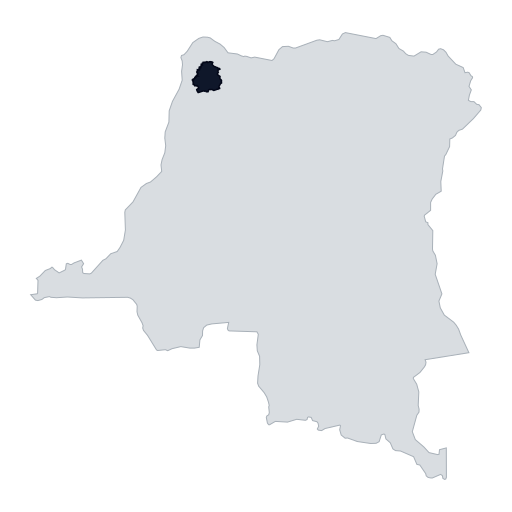 Gemena, Équateur, Democratic Republic of the Congo (highlighted)
{"feature_id": "63176286B43464771754704", "entity_name": "Gemena", "entity_type": "district", "adm_level": 2, "iso_a3": "COD", "parent_name": "Democratic Republic of the Congo", "parent_adm1": "Équateur", "projection": "mercator", "projection_center": [19.592, 3.435], "detail": "fine", "context": "in_parent", "style": "filled", "palette": "ink", "viewbox_px": 512, "rotation_deg": 0, "n_neighbors": 0, "source": "geoboundaries", "source_scale": "gbopen_adm2", "svg_char_len": 7777}
<svg xmlns="http://www.w3.org/2000/svg" viewBox="0 0 512 512"><path d="M468.9,352.7L425.1,359.7L426.0,362.2L425.6,364.8L424.4,366.9L420.0,372.4L413.4,377.4L413.3,378.6L416.7,384.2L418.8,391.9L418.2,405.5L419.1,409.2L419.0,412.1L416.8,415.3L412.3,431.7L415.3,439.6L424.0,447.1L429.0,452.6L437.6,454.6L439.0,454.3L439.5,449.7L446.3,447.9L446.4,477.3L445.8,479.0L444.6,479.4L442.9,478.4L442.4,475.6L440.6,474.4L432.3,478.0L430.2,477.9L427.9,477.3L426.2,475.8L425.7,473.6L419.8,465.0L416.9,464.4L413.6,456.7L400.5,451.0L395.5,450.6L392.9,448.9L390.3,442.8L385.9,438.9L384.9,434.6L384.0,434.0L381.3,434.9L379.1,441.7L376.1,443.3L370.7,443.5L357.2,441.5L347.6,438.0L345.1,438.2L341.2,435.0L339.7,429.8L340.5,425.7L339.8,425.1L325.1,428.5L321.6,430.6L318.3,430.1L317.3,429.0L318.7,426.2L318.0,423.1L316.9,421.7L312.6,420.6L311.2,417.4L308.5,416.9L307.6,417.4L307.0,419.6L305.4,420.3L296.7,419.3L287.5,422.1L275.3,421.4L269.5,424.8L268.6,424.7L267.4,423.0L266.3,417.4L266.9,415.9L268.7,414.8L269.3,412.6L268.7,406.9L269.2,405.5L268.5,402.2L266.7,396.9L264.2,392.7L258.7,386.2L257.6,383.2L258.0,376.0L259.8,364.7L259.6,356.3L257.3,350.8L256.9,344.9L258.3,334.3L256.9,331.8L229.1,330.9L228.0,330.1L227.4,328.6L228.7,322.4L211.8,323.9L206.7,325.1L203.6,327.7L202.6,330.9L202.5,335.5L199.9,339.9L199.2,347.3L194.5,348.1L189.8,348.1L180.8,346.6L172.0,348.7L167.7,350.7L165.4,349.7L157.6,350.5L156.5,349.9L147.5,335.3L143.5,330.4L142.7,328.0L143.1,325.7L142.0,322.7L137.8,315.2L137.0,311.7L137.2,306.2L136.7,304.4L132.9,299.7L130.4,298.1L127.7,297.3L82.4,297.9L67.4,297.0L56.5,297.7L50.9,297.3L49.4,296.6L44.4,297.6L41.8,299.5L37.8,300.6L35.4,300.1L30.7,294.7L37.1,293.8L37.6,293.2L38.0,280.3L36.3,278.4L39.8,276.2L45.3,270.5L50.7,268.4L51.4,267.3L52.5,267.3L54.5,269.7L59.1,272.9L64.9,270.1L65.5,269.3L66.3,263.8L67.7,263.3L70.2,264.5L71.5,264.5L74.1,262.9L81.4,260.1L83.6,263.7L81.6,266.9L82.5,269.2L82.7,272.7L83.9,273.5L89.7,273.9L91.4,273.1L102.9,260.3L105.9,258.8L110.8,253.7L117.2,251.5L120.0,247.5L123.7,240.3L125.4,230.0L124.8,212.3L125.3,209.9L133.0,201.9L141.0,187.4L146.4,183.5L150.5,182.0L156.7,176.7L161.7,171.4L161.0,164.9L162.1,159.6L164.8,152.8L165.7,145.7L164.8,138.1L165.2,131.9L168.9,122.1L169.2,110.8L172.5,101.3L179.1,89.2L182.2,80.2L181.6,71.4L182.5,64.8L182.2,61.0L180.9,57.6L181.5,55.5L184.0,54.7L187.2,51.3L192.8,42.6L198.8,38.4L203.0,37.0L207.4,37.2L210.2,37.9L214.8,41.3L220.1,44.1L224.1,47.5L228.0,52.8L237.4,54.0L241.4,55.9L243.8,56.6L244.8,56.1L246.7,56.4L251.1,57.9L254.7,57.1L272.0,60.5L274.0,58.8L278.9,49.7L282.5,46.6L288.4,46.3L293.1,48.0L295.6,48.0L316.9,40.2L319.7,39.8L327.4,41.7L332.5,40.4L334.5,40.8L338.9,39.5L342.4,34.0L345.4,32.6L376.0,38.6L380.7,35.7L383.0,35.3L389.8,37.4L391.9,40.8L395.9,43.7L398.9,48.5L403.4,51.1L405.7,53.7L408.4,55.4L414.0,56.1L421.1,51.8L426.1,52.2L431.1,54.5L432.8,54.5L436.6,51.9L438.6,49.2L440.6,48.7L443.5,49.8L446.0,52.3L448.1,56.0L455.8,64.2L463.2,67.6L465.0,72.7L467.7,72.2L469.1,72.7L471.0,75.8L472.3,76.5L472.6,77.7L470.7,80.7L469.0,86.4L471.3,89.9L469.4,95.1L468.4,100.3L470.8,101.6L473.9,101.6L476.7,104.3L479.0,104.7L481.3,107.6L480.8,110.0L473.4,118.6L462.5,129.1L458.8,130.4L456.8,132.3L455.5,135.4L452.3,138.0L449.8,139.0L449.6,146.6L445.9,154.4L444.5,156.1L442.5,168.8L442.8,171.0L440.8,181.5L441.2,191.2L435.8,194.3L432.2,199.0L430.6,202.4L430.6,210.3L424.6,215.1L424.2,216.2L425.7,221.8L427.9,222.7L427.9,224.6L432.8,230.6L432.5,249.1L432.8,250.9L435.4,255.3L437.1,263.7L435.2,274.3L441.9,293.9L438.9,301.1L440.3,307.9L444.3,315.1L453.7,322.2L456.2,325.2L458.6,329.1L460.8,335.2L468.9,352.7Z" fill="#d9dde1" stroke="#a8b0b8" stroke-width="1"/><path d="M201.0,66.2L201.0,66.3L200.9,66.6L200.8,66.9L200.8,67.0L200.7,66.9L200.5,67.0L200.2,66.9L200.0,67.0L199.9,67.0L200.0,67.3L200.0,67.5L199.9,67.5L199.7,67.3L199.5,67.2L199.5,67.3L199.6,67.6L199.4,67.7L199.5,67.8L199.9,67.9L199.9,68.0L200.0,68.2L200.0,68.3L199.8,68.5L199.7,68.5L199.6,68.3L199.4,68.4L199.3,68.5L199.6,68.5L199.5,68.9L199.5,69.0L199.7,69.3L199.7,69.5L199.6,69.8L199.4,69.9L199.1,69.9L199.0,70.0L198.7,69.9L198.7,70.0L198.3,69.7L198.1,69.7L198.2,69.8L197.8,70.0L197.7,69.9L197.4,69.8L197.4,70.1L197.3,70.4L197.4,70.5L197.5,70.6L197.4,70.8L197.5,71.1L197.4,71.5L197.2,71.6L197.2,71.8L196.9,71.9L197.0,72.1L197.0,72.3L196.9,72.4L196.9,72.5L197.0,72.5L197.6,72.6L197.5,72.9L197.5,73.0L197.8,73.1L197.9,73.6L197.8,73.8L197.6,74.0L197.8,74.3L197.7,74.7L197.6,74.8L197.2,74.9L197.2,75.0L197.3,75.2L197.2,75.2L197.0,75.3L197.3,75.5L197.2,75.7L197.5,75.9L197.4,75.9L197.2,75.9L197.1,76.0L196.8,76.0L196.6,76.2L196.7,76.4L196.6,76.6L195.9,76.3L195.7,76.4L195.8,76.6L196.0,76.5L196.0,76.9L196.0,77.1L195.3,77.2L195.1,77.3L195.4,77.6L195.4,77.8L195.2,77.8L194.9,77.7L194.7,78.0L194.4,78.5L194.2,78.8L193.7,78.9L193.6,79.1L193.2,79.1L192.9,79.3L193.0,79.4L193.4,79.4L193.5,79.6L193.3,79.7L193.4,79.8L193.5,79.8L193.3,80.2L193.2,80.3L193.0,80.5L192.8,80.5L193.0,80.7L193.0,80.8L193.1,81.0L192.9,81.2L192.9,81.4L193.0,81.6L193.2,82.0L193.3,81.9L193.4,82.0L193.4,82.3L193.2,82.7L193.1,82.8L193.2,83.4L193.1,84.1L193.1,84.3L193.4,84.6L193.5,84.6L193.6,84.4L193.8,84.4L194.0,84.5L194.1,84.8L194.5,85.0L194.7,85.4L194.8,85.8L195.3,85.7L195.7,85.7L196.0,85.7L196.1,85.8L196.3,85.7L196.9,85.5L197.0,85.6L197.0,85.8L197.0,86.0L197.5,86.0L197.8,86.3L198.0,86.6L198.3,87.3L198.5,87.7L198.6,88.1L198.5,88.3L196.7,89.5L197.0,90.7L198.1,92.5L198.3,92.5L198.5,92.5L203.3,90.9L203.6,90.9L203.9,91.0L204.1,91.0L204.3,91.2L204.6,91.2L204.8,91.0L205.2,91.0L205.9,91.3L206.2,91.4L206.3,91.7L206.5,91.7L206.7,91.8L206.8,91.8L207.4,91.7L207.6,91.8L208.1,91.7L208.2,91.1L208.3,91.0L208.2,90.7L208.3,90.4L208.6,90.2L208.8,89.7L209.1,89.6L209.5,89.5L209.9,89.5L210.3,89.6L210.7,89.6L210.8,89.5L211.0,89.4L211.5,89.5L212.0,89.5L212.4,89.6L212.6,89.6L212.8,89.8L213.0,90.1L213.2,90.3L213.4,90.4L213.7,90.4L213.8,90.4L214.0,90.4L214.3,90.3L214.6,90.2L214.8,90.1L215.2,89.9L215.6,89.9L216.3,89.6L216.7,89.4L217.5,89.2L218.0,89.3L218.3,88.9L218.5,88.5L218.9,88.6L219.3,88.6L219.6,88.6L219.7,88.4L219.6,88.0L219.4,87.6L219.0,87.2L218.9,86.8L218.9,86.6L219.0,86.4L219.5,85.4L219.9,84.8L220.0,84.6L220.1,84.2L220.6,83.6L221.3,83.1L221.5,83.0L221.5,81.8L221.4,81.3L221.4,81.2L221.5,80.4L221.4,80.3L221.2,79.9L220.7,79.4L220.2,79.1L220.0,78.6L219.8,78.4L219.7,77.9L219.7,77.7L220.0,77.2L220.1,76.8L220.0,76.6L219.9,76.3L219.7,76.1L219.0,75.8L218.1,75.0L217.8,74.8L217.5,74.4L217.4,74.1L217.5,73.6L217.7,73.3L218.3,72.3L217.9,71.9L217.9,71.5L218.0,71.1L218.0,70.9L218.0,70.6L217.9,70.1L218.1,70.1L219.3,69.4L219.9,69.2L219.8,68.9L219.6,68.6L219.4,68.5L219.1,68.4L218.7,68.3L218.2,68.3L218.0,68.2L217.7,67.9L217.4,67.9L217.3,67.6L217.1,67.5L216.2,67.3L215.3,66.8L214.7,66.7L214.3,66.5L213.5,65.9L213.3,65.7L212.7,65.1L212.3,64.6L212.2,64.5L212.1,64.2L212.2,63.8L212.4,63.3L212.5,62.9L212.6,62.7L212.8,62.6L212.8,62.4L212.7,62.3L212.6,62.2L212.4,62.1L211.9,62.0L211.7,61.9L211.4,61.8L211.2,61.9L210.8,61.8L210.7,61.9L210.5,61.7L210.4,61.7L210.4,61.8L210.2,61.7L209.9,61.7L209.8,61.9L209.6,61.9L209.5,62.0L209.4,62.0L209.2,62.0L209.1,61.9L208.9,62.0L208.6,62.1L208.4,62.3L208.2,62.2L208.0,62.4L207.8,62.4L207.6,62.3L207.6,62.1L207.4,61.9L207.2,61.8L207.1,62.2L206.9,62.0L206.7,62.1L206.6,61.9L206.4,62.0L206.2,61.9L206.0,62.0L205.9,62.1L205.6,62.2L205.5,62.3L205.4,62.2L205.2,62.3L205.1,62.2L204.9,62.2L204.7,62.3L204.4,62.2L204.2,62.2L204.1,62.4L204.2,62.6L203.9,62.6L203.7,62.7L203.5,62.4L203.3,62.3L203.2,62.3L203.2,62.6L202.9,62.8L202.9,63.0L202.7,63.2L202.5,63.4L202.4,63.4L202.2,63.4L202.2,63.5L202.3,63.7L202.3,64.3L202.2,64.4L201.9,64.4L202.1,64.6L202.0,64.8L202.2,65.0L201.9,65.1L201.9,65.3L201.7,65.3L201.7,64.9L201.4,65.1L201.4,64.9L201.2,65.0L201.3,65.2L201.3,65.4L201.3,65.5L201.2,65.6L201.3,65.8L201.2,66.1L201.0,66.2Z" fill="#0f172a" stroke="#020617" stroke-width="1.5"/></svg>